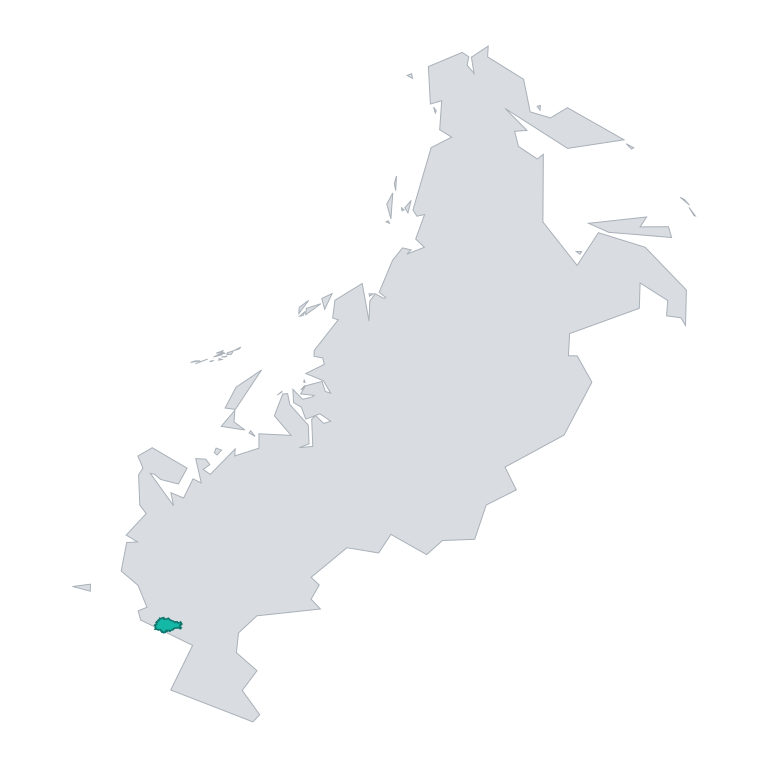 where Kursk sits in Russia
{"feature_id": "RUS-2362", "entity_name": "Kursk", "entity_type": "Region", "adm_level": 1, "iso_a3": "RUS", "parent_name": "Russia", "parent_adm1": "", "projection": "albers", "projection_center": [36.333, 51.669], "detail": "fine", "context": "in_parent", "style": "filled", "palette": "teal", "viewbox_px": 768, "rotation_deg": 0, "n_neighbors": 0, "source": "natural_earth", "source_scale": "10m", "svg_char_len": 7581}
<svg xmlns="http://www.w3.org/2000/svg" viewBox="0 0 768 768"><path d="M686.4,290.1L685.5,325.4L681.0,317.8L666.6,315.8L667.7,300.5L640.1,283.0L639.3,308.3L569.6,333.6L568.4,355.8L577.2,355.9L591.9,382.2L564.0,435.1L505.0,467.1L516.3,489.9L486.2,505.0L474.7,539.3L442.5,540.5L426.6,554.6L390.9,534.4L378.6,553.0L347.0,547.7L311.1,577.3L319.2,585.1L311.1,599.2L320.4,609.0L256.9,615.8L238.5,632.9L236.4,652.7L257.0,670.7L242.2,690.4L259.7,714.7L252.9,721.9L170.7,690.0L192.6,645.4L140.6,620.0L138.2,610.8L147.0,607.3L138.0,585.3L121.2,571.0L126.7,542.6L137.5,541.9L126.2,535.1L146.2,513.6L139.8,505.2L138.6,474.9L143.0,468.1L137.9,456.1L152.2,447.7L187.1,468.2L178.3,484.0L160.8,479.5L154.5,474.3L150.3,473.4L173.5,505.7L170.9,492.7L183.6,498.0L193.0,478.9L201.3,483.0L195.7,458.6L205.8,459.2L209.8,464.6L203.2,469.5L210.3,474.4L235.2,448.9L234.7,455.9L259.0,448.2L258.9,433.8L291.1,435.4L274.4,415.8L282.7,394.0L287.6,393.6L289.8,404.6L308.3,425.2L309.0,443.9L299.2,447.7L312.8,446.4L311.7,419.2L315.6,415.6L323.8,423.5L330.7,421.2L319.9,413.8L305.7,419.1L301.4,407.2L293.6,402.7L292.9,389.4L302.6,399.3L312.1,397.0L314.1,395.4L300.6,393.9L305.5,385.8L322.1,381.5L325.3,391.5L330.7,393.2L323.5,380.8L305.8,373.5L324.3,364.4L322.8,358.0L314.0,356.3L314.2,350.5L338.2,319.8L332.7,318.0L334.9,300.3L362.2,283.5L369.0,321.1L369.8,301.1L375.2,293.8L383.3,298.1L384.9,298.3L385.7,297.4L379.2,292.3L392.5,260.4L402.5,247.9L411.1,249.9L406.8,254.2L424.3,247.3L415.7,239.0L424.6,214.5L416.9,216.2L413.0,209.9L431.1,147.7L451.7,137.1L439.7,129.8L441.7,100.7L430.4,104.0L428.4,66.6L462.2,52.4L468.8,56.8L467.1,65.1L474.1,73.5L471.4,57.2L488.2,46.1L487.6,56.9L523.6,79.3L530.2,111.9L550.6,117.9L567.4,107.7L624.0,139.8L567.6,148.4L505.1,108.4L526.9,130.4L514.7,131.3L518.4,146.4L537.3,159.0L543.3,154.3L542.9,221.9L577.1,265.4L598.4,232.7L645.2,247.3L686.4,290.1ZM261.6,369.9L235.3,409.4L225.1,408.0L236.1,387.2L261.6,369.9ZM588.6,223.3L646.6,217.0L640.1,226.9L668.4,226.7L671.6,237.5L608.7,232.3L588.6,223.3ZM221.2,426.4L234.8,410.4L234.0,422.0L244.9,430.0L221.2,426.4ZM390.9,218.8L386.8,204.1L392.8,192.9L390.9,218.8ZM306.4,308.4L320.9,303.7L305.6,314.8L306.4,308.4ZM299.3,307.3L308.7,300.4L298.8,313.6L299.3,307.3ZM321.7,298.5L332.1,293.6L324.7,309.3L321.7,298.5ZM395.7,190.6L394.3,183.4L396.5,176.1L395.7,190.6ZM72.6,586.5L90.5,584.2L90.3,591.2L72.6,586.5ZM201.3,361.4L207.7,359.1L195.3,363.8L201.3,361.4ZM404.9,207.8L411.1,200.5L407.9,212.9L404.9,207.8ZM221.5,450.1L217.1,455.0L214.3,452.7L216.1,448.1L221.5,450.1ZM213.5,357.0L219.1,354.3L222.5,354.6L213.5,357.0ZM233.3,350.8L231.4,354.2L226.8,354.7L227.3,352.8L233.3,350.8ZM239.1,349.0L234.1,350.5L240.8,347.1L239.1,349.0ZM250.6,430.7L255.1,436.4L249.1,433.0L250.6,430.7ZM305.1,311.5L303.0,315.6L299.6,316.2L305.1,311.5ZM216.2,353.2L223.5,350.4L221.3,352.8L216.2,353.2ZM411.6,73.6L412.5,78.4L407.2,75.5L411.6,73.6ZM195.3,360.9L200.2,360.9L190.5,362.4L195.3,360.9ZM282.1,391.8L277.3,395.1L281.9,391.4L282.1,391.8ZM369.1,293.8L373.4,293.8L369.5,296.2L369.1,293.8ZM433.6,107.2L436.3,110.7L435.3,113.1L433.6,107.2ZM225.1,356.9L221.4,357.1L227.2,356.1L225.1,356.9ZM222.8,352.5L225.4,353.5L220.9,353.7L222.8,352.5ZM680.2,197.3L684.2,199.4L689.5,205.1L680.2,197.3ZM219.1,358.5L222.0,359.5L218.8,360.2L219.1,358.5ZM304.8,385.4L302.2,389.1L301.2,389.4L304.8,385.4ZM540.4,105.5L540.0,110.1L537.2,106.3L540.4,105.5ZM401.6,207.8L404.1,209.9L401.8,210.6L401.6,207.8ZM576.3,251.5L581.7,251.6L579.9,254.2L576.3,251.5ZM626.2,143.7L633.7,147.7L631.6,149.1L626.2,143.7ZM213.8,360.4L210.8,361.7L209.6,361.4L213.8,360.4ZM304.2,379.5L305.0,382.5L303.8,382.3L304.2,379.5ZM388.2,220.8L389.5,223.3L386.1,221.8L388.2,220.8ZM694.1,215.7L689.0,207.4L695.4,216.0L694.1,215.7Z" fill="#d9dde1" stroke="#a8b0b8" stroke-width="1"/><path d="M156.3,624.7L156.7,624.4L156.7,624.0L156.5,623.6L156.4,623.5L156.5,623.3L156.6,623.2L156.8,622.9L156.9,622.7L156.6,622.6L156.3,622.4L156.2,622.4L156.4,622.1L156.6,621.8L156.6,621.7L157.2,621.4L157.3,621.2L157.5,621.1L157.6,621.3L157.8,621.4L158.0,621.2L158.3,621.1L158.5,621.0L158.6,620.8L158.6,620.5L158.5,620.4L158.3,620.2L158.4,619.8L158.6,619.7L159.0,619.7L159.0,619.8L158.9,619.9L159.0,620.0L159.3,619.9L159.7,619.5L159.6,619.4L159.6,619.1L159.8,618.8L159.9,618.7L159.8,618.3L160.4,618.5L160.5,618.6L161.0,618.6L161.3,618.3L161.5,618.3L161.6,618.2L161.9,618.0L162.0,618.0L162.6,618.3L162.7,618.2L162.8,617.8L162.9,617.7L163.0,617.7L163.1,617.8L163.3,617.9L163.5,617.7L163.8,617.6L163.9,617.8L163.9,618.0L164.0,618.3L164.3,618.6L164.3,618.9L164.1,619.2L164.1,619.3L164.3,619.4L164.9,619.1L165.0,619.0L165.5,619.1L165.8,619.2L166.1,619.1L166.3,618.9L166.5,618.8L167.1,618.8L167.3,618.7L168.3,618.2L168.6,618.3L169.0,618.7L169.3,619.1L169.4,619.5L169.5,619.5L169.8,619.8L170.2,619.9L170.3,619.9L170.5,620.1L170.9,620.2L171.0,620.2L171.2,620.3L171.4,620.7L172.1,620.9L172.2,621.0L172.5,620.9L172.8,621.0L173.4,621.2L173.5,621.2L173.7,621.5L173.8,621.6L174.2,621.9L174.6,622.3L174.7,622.5L174.9,622.6L175.0,622.6L175.3,622.3L175.3,622.2L175.4,621.9L175.5,621.8L175.7,621.7L176.0,621.8L176.3,622.0L176.5,622.1L176.9,622.0L177.0,621.9L177.1,621.7L177.3,621.8L177.3,622.1L177.3,622.3L177.5,622.6L177.8,622.6L178.0,622.9L178.0,623.0L178.7,623.0L178.9,622.8L179.3,622.5L179.6,622.5L179.8,622.6L180.0,622.4L180.4,622.2L180.5,622.1L180.6,622.6L180.8,622.5L180.9,622.4L181.1,622.4L181.2,622.5L181.2,622.9L181.2,623.0L181.3,623.4L181.3,623.6L181.1,623.9L181.1,624.0L181.3,624.2L181.5,624.3L181.8,624.3L181.6,624.6L181.4,624.8L180.8,624.8L180.3,624.7L180.1,624.7L180.0,624.8L180.0,625.0L180.1,625.4L179.7,625.3L179.6,625.5L179.9,625.9L180.2,626.2L180.3,626.3L180.5,626.4L180.5,626.5L180.5,626.8L180.6,627.0L180.5,627.3L180.6,627.7L180.6,627.8L180.6,628.0L180.9,628.0L181.0,628.0L180.8,628.2L180.8,628.6L180.6,628.8L180.1,628.6L179.9,628.6L179.8,628.4L179.6,628.4L179.3,628.2L179.2,628.2L179.1,627.9L179.1,627.6L178.9,627.6L178.4,627.6L178.2,627.7L178.2,627.8L178.0,627.7L177.8,627.6L177.7,627.6L177.3,627.9L177.1,628.0L176.9,628.1L176.7,628.1L176.2,628.1L176.0,627.9L175.9,627.9L175.7,628.0L175.4,628.1L174.9,628.0L174.7,628.2L174.2,628.5L173.8,628.5L173.7,628.5L173.6,628.4L173.4,628.5L173.4,628.8L173.4,629.0L173.4,629.4L173.4,629.5L173.2,629.5L173.2,629.3L172.8,629.5L172.6,629.8L172.3,630.0L172.2,630.0L171.8,630.0L171.7,630.0L170.7,630.6L170.5,630.8L170.3,631.0L170.2,631.1L169.9,630.9L169.7,630.8L169.6,630.6L169.4,630.9L169.4,631.0L169.1,630.8L168.9,630.7L168.7,630.6L168.5,630.8L168.4,630.8L168.0,630.8L167.9,630.8L167.7,630.6L167.2,630.6L166.7,630.2L166.3,630.3L166.1,630.6L166.0,630.8L166.4,631.3L166.2,631.3L165.9,631.7L165.7,631.7L165.6,631.8L165.5,632.0L165.4,632.1L165.2,632.4L164.9,632.3L164.8,632.2L164.7,632.1L164.6,632.3L164.6,632.5L164.4,632.6L164.1,632.6L164.1,632.4L163.8,632.6L163.7,632.7L163.6,632.8L163.4,632.7L163.4,632.4L163.1,632.3L163.0,632.2L162.6,632.3L162.3,632.2L161.9,632.2L161.9,631.9L162.2,631.8L162.3,631.7L162.3,631.4L162.2,631.4L161.9,631.3L161.4,631.4L161.2,631.4L161.1,631.2L160.9,630.9L160.8,630.0L160.8,629.8L160.7,629.7L160.4,629.7L160.2,629.8L159.9,629.6L159.6,629.8L159.0,630.0L158.6,630.1L158.2,630.1L158.0,629.9L157.9,629.8L157.8,629.5L157.8,629.4L157.6,629.4L157.2,629.4L156.5,629.2L156.3,629.1L156.1,629.2L155.8,629.4L155.7,629.4L155.1,629.2L155.5,628.9L155.8,628.7L155.9,628.3L155.9,628.0L155.5,628.0L155.4,627.9L155.2,627.8L155.2,627.7L155.3,627.6L155.4,627.4L155.4,627.2L155.4,626.9L155.5,626.8L155.4,626.5L155.4,626.4L155.3,626.2L155.1,625.9L155.0,625.7L154.9,625.4L154.7,625.3L154.6,625.2L154.9,624.9L156.0,624.7L156.3,624.7Z" fill="#14b8a6" stroke="#0f766e" stroke-width="1.5"/></svg>